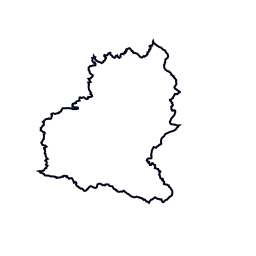 outline of Oxapampa, Pasco, Peru, rotated 124°
{"feature_id": "86281439B19526712257024", "entity_name": "Oxapampa", "entity_type": "district", "adm_level": 2, "iso_a3": "PER", "parent_name": "Peru", "parent_adm1": "Pasco", "projection": "albers", "projection_center": [-75.08, -10.181], "detail": "fine", "context": "isolated", "style": "outline", "palette": "ink", "viewbox_px": 256, "rotation_deg": 124, "n_neighbors": 0, "source": "geoboundaries", "source_scale": "gbopen_adm2", "svg_char_len": 5858}
<svg xmlns="http://www.w3.org/2000/svg" viewBox="0 0 256 256"><g transform="rotate(124 128 128)"><path d="M186.4,105.6L186.0,104.3L186.4,103.3L185.9,102.9L186.5,101.4L186.1,99.9L184.6,98.3L184.0,97.1L182.6,96.8L182.3,96.1L182.6,95.3L182.8,91.4L182.5,90.8L182.9,87.4L182.1,84.3L181.1,83.1L180.2,82.7L179.5,80.2L179.1,79.9L179.2,78.9L178.7,78.2L178.8,77.3L178.4,76.9L178.6,76.3L178.2,75.2L178.7,74.8L178.3,74.5L178.0,73.4L178.3,73.0L178.6,71.5L178.3,71.2L178.1,70.0L178.3,68.8L176.7,69.0L174.6,68.8L174.0,68.1L170.3,66.8L170.3,64.1L169.5,62.9L169.5,61.9L168.4,60.3L169.5,59.4L170.0,57.7L169.7,57.2L167.0,56.7L165.6,55.6L161.6,55.0L160.3,54.2L158.9,54.0L156.2,55.4L155.0,56.7L154.5,58.5L153.9,59.2L153.8,61.1L152.8,62.0L153.3,63.4L153.1,63.8L154.4,66.8L153.8,67.4L153.2,67.4L152.3,68.0L152.3,70.2L151.4,70.1L150.7,70.8L151.5,72.2L151.3,73.4L149.7,74.9L149.2,76.2L147.9,76.3L147.1,77.2L146.1,76.7L145.8,77.3L146.2,78.7L145.1,80.0L145.6,81.1L145.8,82.7L146.3,83.0L146.3,83.3L143.6,84.6L143.5,85.0L144.0,86.1L143.3,87.7L143.7,88.4L144.9,88.0L145.8,88.2L146.4,89.2L145.6,89.7L145.3,90.4L145.6,91.3L145.3,91.7L144.3,91.7L144.4,92.6L144.9,93.1L144.4,94.4L142.7,94.5L142.0,94.2L140.3,91.9L139.8,91.7L137.7,93.1L137.7,93.6L132.9,95.7L129.5,96.1L128.7,93.7L126.8,93.5L125.9,92.8L124.6,92.8L123.8,92.0L122.9,92.0L122.4,91.6L120.4,93.4L118.7,94.1L117.0,94.3L114.7,93.5L112.2,93.7L108.0,91.2L105.2,88.9L102.8,87.6L100.9,87.7L99.7,87.2L98.5,87.4L97.3,87.1L98.4,88.5L99.0,91.1L100.4,93.5L100.8,94.9L100.0,95.9L100.1,96.2L99.5,96.8L97.8,96.9L96.3,97.4L91.5,96.8L88.5,97.6L87.3,98.6L87.5,99.9L88.6,100.4L88.9,101.0L88.0,102.8L87.4,102.9L86.3,104.1L84.3,103.4L83.5,103.9L83.1,105.4L82.3,105.5L81.7,108.7L81.1,109.0L80.1,108.0L77.8,107.7L77.7,107.5L77.0,107.9L74.9,107.8L73.8,108.3L72.6,107.0L72.6,106.2L70.2,105.6L69.4,105.0L69.0,105.2L69.1,108.7L68.9,109.5L69.1,110.8L68.4,112.3L64.2,112.5L62.6,114.3L61.5,114.6L61.1,115.3L61.0,116.1L60.5,116.8L60.6,117.2L60.3,118.7L60.1,119.1L59.6,119.1L59.8,119.9L59.4,120.6L59.8,121.8L58.8,122.6L58.4,124.1L58.5,125.3L58.2,125.9L58.8,127.1L58.7,129.7L57.8,131.5L55.6,133.4L54.7,133.3L53.6,134.0L52.9,133.8L50.3,135.3L47.6,134.4L46.2,134.8L44.7,136.2L44.0,139.1L43.0,140.3L43.4,142.7L42.8,145.6L43.4,147.3L43.4,150.7L43.3,152.5L43.0,153.2L43.1,154.3L42.0,155.7L42.9,155.5L43.8,154.5L45.3,154.2L46.1,154.5L47.0,154.1L47.5,154.7L47.2,155.3L48.1,155.9L49.1,153.9L50.1,153.6L51.1,154.3L51.5,153.8L51.9,153.9L52.2,153.4L53.0,153.4L53.9,153.6L54.3,154.1L54.9,153.5L55.8,153.6L56.2,153.0L57.0,153.5L57.8,153.3L59.0,154.2L59.6,154.3L59.5,155.1L61.9,155.9L62.3,157.4L61.2,162.0L61.7,163.2L61.8,164.3L62.7,165.4L62.4,166.3L61.7,166.8L61.7,167.6L62.1,168.0L61.4,169.2L61.4,169.9L60.9,171.0L61.0,171.4L62.5,172.5L63.4,172.6L63.6,173.3L64.8,173.2L65.4,172.2L66.4,172.4L66.7,173.0L67.5,172.3L68.6,173.4L69.3,173.0L69.7,174.3L70.6,175.1L72.5,174.7L73.0,173.9L74.7,174.3L74.8,176.2L73.8,177.5L75.5,178.5L76.5,178.0L77.5,178.7L77.6,180.5L77.0,181.8L77.0,183.1L76.5,184.2L75.6,184.5L75.6,185.0L77.2,185.9L77.7,185.7L78.4,186.1L78.8,186.1L79.1,185.8L79.6,186.0L80.3,186.8L80.6,188.3L81.0,188.4L81.6,188.0L82.2,186.2L82.1,185.5L82.5,185.2L83.8,185.4L85.0,185.0L86.1,185.7L87.2,185.3L89.0,186.2L88.9,187.2L89.8,190.3L89.5,193.5L88.4,194.8L87.6,194.8L87.8,195.7L87.5,196.5L88.9,195.6L90.0,196.8L90.6,195.9L92.2,195.3L93.0,193.2L93.0,192.3L92.3,192.2L93.1,190.7L93.9,190.2L94.7,190.4L95.8,192.2L97.4,193.1L98.0,194.1L100.1,194.4L101.2,193.3L102.0,193.1L102.6,191.3L103.6,190.6L104.0,189.2L104.0,186.6L105.4,186.2L106.4,186.7L107.9,186.7L109.3,188.3L110.8,184.8L112.5,186.4L113.0,185.4L113.4,185.4L114.0,184.4L115.2,184.2L117.2,182.6L118.4,181.1L118.6,180.2L119.4,179.1L119.3,178.6L120.2,178.5L121.0,178.0L120.7,176.8L121.6,175.5L122.7,175.9L124.2,177.5L124.5,178.4L125.6,178.2L126.0,177.6L126.9,178.1L127.3,178.9L127.2,181.3L127.4,182.1L129.3,183.6L129.3,184.7L129.8,185.2L132.0,184.1L132.4,183.5L134.2,185.2L136.2,185.8L136.6,185.1L138.6,187.2L139.4,187.3L139.8,186.6L140.5,186.6L141.3,186.1L140.8,184.0L139.2,181.3L139.4,180.6L140.1,180.3L142.8,183.5L143.8,186.6L144.7,188.3L148.3,193.3L150.2,193.0L151.0,193.3L151.7,192.8L153.8,194.0L154.4,193.7L155.5,195.1L156.9,196.1L157.7,198.1L158.4,198.9L159.5,199.3L159.8,198.2L161.1,197.6L161.9,197.7L162.7,197.1L163.1,197.1L164.1,197.5L164.3,199.0L165.3,199.4L166.0,200.7L168.1,201.5L168.7,201.4L170.5,202.0L170.6,200.8L171.0,200.8L171.7,200.0L172.8,199.4L173.6,200.0L175.9,200.0L176.9,200.3L177.1,199.8L178.8,199.1L178.6,197.5L179.0,195.9L178.3,195.2L178.3,194.8L178.6,194.4L179.2,193.9L180.8,194.0L181.6,193.2L184.3,191.6L185.2,192.0L187.3,191.5L188.7,191.7L189.9,189.2L188.8,186.8L189.0,185.1L190.1,185.7L190.6,185.5L191.3,186.3L191.7,185.7L192.3,185.8L192.4,184.9L193.6,183.7L195.6,182.9L195.6,181.9L196.2,181.8L198.5,178.7L198.6,177.3L200.1,178.2L201.3,178.3L201.2,177.2L201.9,176.2L202.6,175.7L204.4,175.5L204.2,173.7L205.6,173.8L206.8,173.3L207.9,174.2L210.1,174.0L211.1,174.4L211.4,175.3L212.1,175.4L213.0,176.0L213.0,177.0L213.5,177.5L213.4,177.1L214.0,175.8L213.2,172.8L213.2,171.6L213.8,170.8L213.7,170.2L211.7,166.8L211.5,165.2L210.2,163.4L208.9,160.5L209.4,160.2L209.3,159.1L208.2,158.4L207.9,157.6L205.7,155.5L204.7,155.3L204.7,154.6L203.3,154.3L202.8,153.3L202.8,152.4L202.0,151.9L202.0,151.5L202.9,151.2L202.6,150.7L203.1,148.4L202.0,148.0L201.0,146.5L202.0,144.2L203.6,142.2L203.2,141.7L202.3,141.5L202.1,140.6L202.7,139.8L203.9,139.6L204.6,137.8L204.5,136.6L204.9,135.7L204.4,135.2L204.7,134.4L204.7,133.1L203.8,131.9L204.6,129.4L204.2,128.5L203.0,127.7L201.7,127.5L201.1,127.7L200.7,127.2L198.9,127.2L197.1,126.5L196.7,125.3L196.6,123.1L196.1,122.4L195.9,121.3L194.3,120.8L191.9,121.8L190.4,120.9L189.8,120.0L189.5,118.8L189.7,117.2L189.0,116.3L188.5,115.0L187.6,115.2L187.1,114.9L185.7,112.4L186.1,111.9L186.3,110.7L185.1,108.4L186.4,105.6Z" fill="none" stroke="#020617" stroke-width="2"/></g></svg>